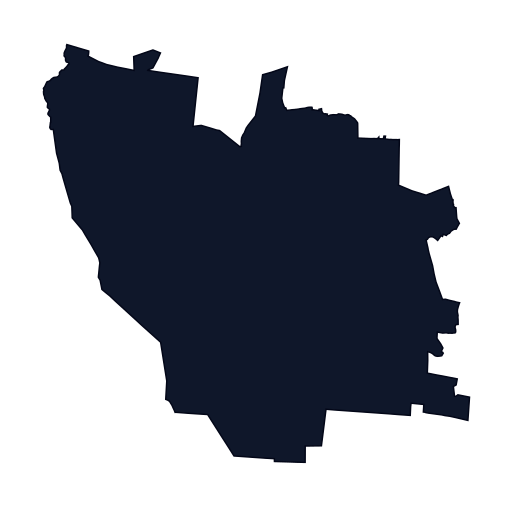 the district of Soyaniquilpan de Juárez, México, Mexico, rotated 182°
{"feature_id": "50627088B65616547709828", "entity_name": "Soyaniquilpan de Juárez", "entity_type": "district", "adm_level": 2, "iso_a3": "MEX", "parent_name": "Mexico", "parent_adm1": "México", "projection": "albers", "projection_center": [-99.518, 20.053], "detail": "fine", "context": "isolated", "style": "filled", "palette": "ink", "viewbox_px": 512, "rotation_deg": 182, "n_neighbors": 0, "source": "geoboundaries", "source_scale": "gbopen_adm2", "svg_char_len": 5856}
<svg xmlns="http://www.w3.org/2000/svg" viewBox="0 0 512 512"><g transform="rotate(182 256 256)"><path d="M452.4,460.7L452.7,459.7L452.6,457.5L452.9,456.7L453.0,456.4L453.4,455.6L453.9,454.6L454.7,452.5L454.8,451.6L454.7,450.7L454.7,450.2L454.8,449.3L453.6,448.0L453.4,447.7L453.2,446.8L453.2,445.1L452.8,444.1L452.3,443.3L451.4,443.0L450.5,442.8L449.9,442.6L449.5,442.0L450.0,440.9L450.7,440.4L451.3,439.3L452.7,437.6L453.1,437.2L453.4,436.8L454.0,436.3L454.2,435.7L454.4,435.3L455.1,435.1L455.9,435.1L456.6,435.1L457.6,434.0L458.1,433.5L458.5,433.0L458.8,432.5L458.8,431.3L458.7,430.8L458.8,430.3L459.0,429.8L459.5,429.1L460.3,428.3L461.5,427.8L462.9,427.6L464.2,427.4L465.5,426.6L466.8,425.5L467.5,424.5L468.3,423.8L469.4,423.3L470.1,423.1L470.8,422.9L471.1,422.4L471.6,421.4L472.6,419.0L473.1,417.8L473.6,417.1L474.0,416.6L474.3,416.0L473.8,414.3L473.8,413.8L474.1,413.2L474.0,411.5L473.8,410.1L473.3,408.8L472.8,407.7L472.6,406.2L471.1,403.6L470.4,402.8L469.6,401.9L469.4,400.9L469.6,399.4L469.7,398.3L469.7,397.3L468.8,396.4L467.6,395.6L467.5,395.2L467.4,394.5L468.0,393.5L468.2,392.8L468.6,392.1L468.9,391.3L468.8,390.2L466.9,388.3L466.0,387.6L465.8,382.4L466.1,382.3L466.4,378.7L466.6,377.5L466.1,376.2L465.2,375.3L463.0,375.4L458.9,351.8L455.9,342.0L455.6,340.3L455.0,336.5L454.7,334.8L452.8,331.5L451.5,327.2L449.1,319.8L443.4,302.5L441.8,299.3L441.3,292.3L441.0,287.7L431.8,277.5L430.4,276.0L427.4,271.2L421.3,261.9L417.4,255.5L413.2,248.8L412.5,246.4L412.1,244.8L411.8,243.7L412.1,240.4L412.5,233.9L412.5,233.6L412.7,231.3L412.8,229.3L412.5,228.8L410.9,226.3L410.4,224.1L409.2,219.0L408.8,217.2L405.2,214.4L402.8,212.6L402.4,212.3L400.9,211.2L398.4,209.0L395.0,206.0L379.8,193.1L367.3,182.4L348.3,166.5L340.8,128.0L341.2,109.6L339.0,108.8L337.6,107.9L337.1,107.4L335.9,105.6L334.7,103.8L333.7,101.7L333.0,100.3L332.5,99.4L331.7,97.6L331.4,96.9L330.9,97.0L318.5,96.5L309.3,96.2L298.8,95.9L292.5,86.7L283.5,73.6L277.2,64.5L271.0,55.4L259.4,55.0L250.8,54.7L239.2,54.3L230.6,54.1L230.4,51.3L216.4,51.4L208.0,51.4L199.7,51.5L200.2,67.8L190.5,68.3L184.0,68.6L182.2,88.4L180.7,105.3L172.2,104.9L161.0,104.5L149.7,104.1L138.5,103.7L127.3,103.3L118.8,103.0L107.6,102.5L96.3,102.1L96.2,111.0L95.9,114.3L95.7,114.3L83.1,113.5L83.3,105.9L81.9,105.8L80.8,105.4L78.0,105.0L72.9,104.5L64.7,103.7L61.5,103.1L56.6,102.6L51.1,101.6L38.5,99.1L37.7,122.4L49.4,124.3L51.2,122.8L52.7,122.7L54.2,132.5L51.5,134.1L50.6,140.2L65.7,142.6L66.5,142.7L71.3,143.4L74.4,143.9L77.3,144.4L80.7,144.9L80.7,157.5L81.1,166.3L79.3,166.0L77.5,165.3L76.2,164.6L74.0,162.8L72.7,162.3L71.1,162.1L68.7,162.4L66.9,162.8L65.5,165.4L66.2,166.4L66.7,166.3L67.1,166.3L67.5,166.7L67.5,167.1L66.0,170.6L68.4,174.7L71.6,178.9L72.3,180.0L72.2,186.3L66.7,185.5L63.2,185.9L61.2,185.6L58.9,185.7L57.1,185.7L55.7,186.0L54.4,186.1L53.8,187.0L53.8,188.0L53.9,189.2L54.3,190.6L54.7,192.1L53.9,194.4L51.6,194.7L51.8,199.2L52.1,201.9L52.0,203.7L52.4,205.4L52.8,207.1L52.8,209.3L52.3,211.6L51.7,213.9L50.9,216.4L53.4,216.8L54.8,217.1L56.1,217.5L58.4,217.9L60.9,218.4L61.8,218.6L65.0,219.4L68.1,219.1L71.6,227.7L75.2,236.3L77.4,244.3L79.2,252.5L83.3,265.1L83.4,265.8L83.6,266.3L83.9,267.5L84.2,268.5L84.4,269.8L86.6,278.0L86.1,278.2L85.5,278.5L85.2,278.8L84.9,279.3L84.6,279.9L84.0,280.5L83.0,281.1L81.9,281.3L80.5,281.4L79.7,281.1L78.8,280.7L77.2,279.7L75.0,277.9L71.8,282.7L70.3,282.1L69.7,284.2L66.5,283.2L66.1,283.8L65.6,284.2L64.9,284.8L64.0,285.2L63.4,285.5L62.7,286.5L62.0,287.6L61.3,288.1L60.1,289.0L59.2,289.5L58.4,289.7L57.7,289.8L56.9,289.8L56.1,291.5L55.8,292.2L55.4,292.9L54.2,295.2L54.1,295.4L53.9,295.7L56.5,300.2L56.8,302.0L57.8,311.3L59.5,311.3L59.7,312.2L60.6,313.4L60.4,314.5L60.8,314.7L60.8,314.9L61.1,317.3L61.4,318.2L61.0,318.3L61.1,319.2L61.5,319.2L61.8,319.3L62.8,321.9L63.9,324.9L65.2,329.4L66.0,332.3L88.1,322.7L102.5,326.6L116.1,331.8L116.0,334.8L116.7,369.0L116.7,372.4L116.8,377.4L118.3,377.2L119.7,377.2L121.1,377.2L122.5,377.1L123.9,377.1L125.2,377.2L126.6,377.1L127.9,377.2L129.3,377.3L131.1,377.5L130.8,380.3L132.3,380.3L132.8,377.6L134.3,377.5L135.8,377.5L137.2,377.5L137.4,379.1L138.7,377.5L138.9,377.5L140.7,377.5L142.5,377.5L143.6,377.4L145.1,377.3L158.3,377.4L159.0,391.8L159.2,392.8L162.3,396.5L166.9,399.4L166.8,399.5L167.9,399.7L168.1,400.4L169.6,400.5L171.9,399.8L173.6,400.2L174.8,400.6L176.6,400.8L178.5,400.9L180.2,399.9L183.8,399.9L186.9,399.4L187.5,398.9L188.4,398.5L189.7,398.9L189.6,400.3L191.8,400.6L192.6,400.4L194.5,401.2L194.5,401.3L194.5,401.6L194.5,401.8L194.7,402.0L194.8,402.1L194.9,402.4L195.0,402.6L195.2,402.9L195.4,403.1L195.5,404.3L195.7,405.5L198.2,404.8L198.1,403.5L199.9,403.7L201.4,403.8L202.3,403.9L203.8,404.1L205.1,404.2L205.0,404.8L205.0,405.6L205.0,405.9L205.2,406.3L205.3,406.6L205.5,406.6L205.9,406.6L206.5,406.6L207.2,406.6L208.1,406.5L208.9,406.4L209.8,406.2L210.8,405.9L211.6,405.6L212.4,405.4L213.0,405.3L213.8,405.2L214.5,405.1L215.8,404.9L217.0,404.7L218.3,404.4L219.1,404.2L220.1,404.1L220.8,403.9L221.4,403.9L222.4,403.7L224.4,403.5L225.9,403.3L226.8,403.1L228.2,402.9L230.3,402.6L231.5,405.2L232.2,404.9L232.5,404.8L234.7,410.0L235.8,414.5L235.0,424.9L234.1,425.0L233.8,431.5L233.7,432.7L231.2,446.2L239.0,443.2L246.6,440.3L251.9,438.6L255.7,437.4L257.4,421.7L257.7,418.9L261.4,395.9L268.5,386.2L270.2,383.5L272.1,378.4L273.3,376.6L274.5,373.6L274.7,370.3L274.5,367.4L274.8,365.8L274.5,365.0L275.9,364.6L287.5,373.2L296.8,380.1L299.7,380.5L305.9,382.2L315.3,384.6L323.5,383.3L321.9,406.3L320.1,432.1L331.4,433.4L348.2,435.2L359.4,436.4L370.6,437.7L370.2,438.4L365.6,440.4L360.6,450.5L360.3,451.4L358.6,455.6L366.2,458.3L374.3,455.2L385.2,451.0L384.3,438.1L384.3,437.6L384.3,437.4L384.3,437.2L392.7,438.6L401.1,439.9L404.4,440.6L409.3,441.6L411.9,442.1L416.6,443.7L418.5,444.3L419.9,444.7L430.9,449.9L430.5,451.2L430.3,453.3L430.3,455.0L441.3,457.8L452.4,460.7Z" fill="#0f172a" stroke="#020617" stroke-width="1.5"/></g></svg>